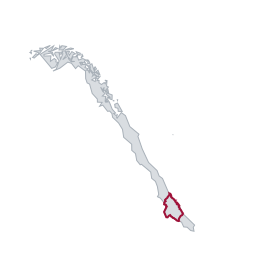 Antofagasta highlighted on a map of Chile, rotated 140°
{"feature_id": "CHL-2695", "entity_name": "Antofagasta", "entity_type": "Region", "adm_level": 1, "iso_a3": "CHL", "parent_name": "Chile", "parent_adm1": "", "projection": "mercator", "projection_center": [-69.6, -23.478], "detail": "fine", "context": "in_parent", "style": "outline", "palette": "rose", "viewbox_px": 256, "rotation_deg": 140, "n_neighbors": 0, "source": "natural_earth", "source_scale": "10m", "svg_char_len": 6720}
<svg xmlns="http://www.w3.org/2000/svg" viewBox="0 0 256 256"><g transform="rotate(140 128 128)"><path d="M139.4,10.8L141.8,10.0L143.8,6.5L145.9,9.2L146.5,14.0L148.9,16.4L147.5,21.5L150.2,26.1L151.8,34.1L156.0,35.0L154.3,40.5L148.4,44.3L148.3,53.6L149.6,56.4L147.1,57.4L143.1,64.3L141.3,69.4L142.2,74.2L138.9,79.7L141.0,91.5L142.3,92.0L142.2,97.5L138.7,103.6L139.5,108.4L135.6,113.2L137.3,123.6L133.1,130.5L132.0,137.9L132.9,146.1L131.0,149.5L131.2,152.8L132.9,153.9L132.6,161.7L135.8,162.9L131.4,164.3L134.8,167.5L132.9,169.9L133.2,177.5L129.2,186.3L130.3,188.8L128.7,193.0L124.0,198.9L126.1,207.7L130.0,207.2L129.7,213.9L131.8,217.2L141.6,217.6L148.9,219.8L145.1,219.2L137.6,223.7L136.6,231.9L135.1,232.8L129.7,228.4L132.0,227.4L132.7,229.5L135.5,224.0L130.3,226.6L129.0,229.3L126.6,227.5L128.1,223.6L134.1,222.3L128.2,221.8L126.2,226.1L123.7,224.2L125.6,223.2L126.2,221.4L121.9,222.6L120.5,218.5L122.7,219.4L127.8,217.1L128.2,220.4L129.1,219.5L129.0,215.2L126.0,213.2L128.8,215.9L124.3,217.8L121.0,215.0L122.2,211.8L118.0,210.2L116.6,207.2L118.6,207.1L118.8,204.8L121.3,208.3L122.9,209.2L123.6,205.8L122.0,208.4L121.0,206.7L122.2,205.9L118.9,203.5L122.1,202.0L120.5,199.0L122.7,199.1L121.5,197.7L122.3,194.7L120.2,197.5L120.3,191.5L121.9,190.6L119.6,190.6L119.1,187.2L124.9,188.2L123.3,184.7L120.8,186.9L118.7,185.0L121.3,184.2L119.6,183.0L121.2,181.3L120.4,178.4L117.0,178.1L117.1,176.5L114.4,177.8L115.0,179.5L113.6,177.8L117.4,174.0L116.7,172.0L121.2,171.2L122.1,168.7L121.8,173.3L120.0,174.4L122.1,173.9L123.2,171.5L122.7,176.9L123.9,172.2L123.3,169.2L127.1,169.0L124.8,166.6L128.4,163.1L128.5,162.0L125.5,160.2L128.0,152.6L127.9,147.4L129.7,148.3L129.3,145.6L127.7,145.1L129.9,143.5L130.1,142.5L123.2,144.1L122.0,139.1L125.7,127.9L123.6,116.2L125.8,115.2L130.6,102.7L134.4,88.4L133.1,76.7L135.0,71.2L134.0,67.2L138.3,52.9L139.5,38.0L138.5,36.4L141.0,27.1L139.4,10.8ZM148.1,222.7L148.0,240.9L132.2,238.7L137.5,236.4L139.9,238.1L137.2,234.6L138.8,230.6L138.8,234.9L145.1,238.4L146.1,237.1L140.7,232.8L144.6,228.9L139.8,228.6L139.3,226.2L140.8,225.1L139.6,223.5L144.3,221.4L148.1,222.7ZM123.0,154.7L120.0,153.9L121.8,144.4L124.8,147.0L123.0,149.6L124.7,151.9L123.0,154.7ZM119.3,192.8L119.0,202.1L117.6,200.0L118.4,197.7L116.7,200.9L114.4,200.4L117.6,192.5L119.3,192.8ZM141.5,243.4L149.0,241.8L148.2,243.4L150.9,247.6L145.4,243.6L144.3,245.9L141.5,243.4ZM123.2,161.8L121.9,163.1L123.1,167.8L121.5,168.2L118.9,163.5L122.0,160.0L123.2,161.8ZM127.2,229.5L130.7,232.1L127.4,234.8L128.0,232.6L125.8,233.6L122.7,230.0L127.2,229.5ZM130.7,234.1L136.5,235.8L131.9,236.2L130.7,234.1ZM155.7,243.4L150.8,244.0L149.7,242.0L154.9,241.9L155.7,243.4ZM119.2,191.5L117.4,191.8L115.9,187.4L117.9,186.1L119.2,191.5ZM116.3,191.7L113.9,191.5L115.2,187.3L116.3,191.7ZM127.9,162.5L124.9,164.4L125.5,161.5L127.9,162.5ZM117.9,214.6L119.3,217.2L118.6,219.7L116.5,215.9L117.9,214.6ZM118.5,223.5L123.6,226.1L126.2,228.4L120.6,226.2L118.5,223.5ZM120.8,170.1L118.6,170.5L120.4,167.1L120.8,170.1ZM134.4,241.2L139.4,241.3L140.0,243.1L134.4,241.2ZM116.5,193.3L115.2,195.7L113.9,196.0L114.2,193.5L116.5,193.3ZM117.7,202.9L115.8,204.9L114.9,204.6L115.5,202.1L117.7,202.9ZM119.2,211.8L116.8,212.8L115.7,214.6L116.3,211.9L119.2,211.8ZM115.6,206.6L115.0,205.7L116.5,205.9L115.6,206.6ZM123.7,164.7L122.8,163.5L123.0,162.9L123.7,163.2L123.7,164.7ZM121.3,216.5L120.3,216.7L119.6,215.4L121.3,216.5ZM117.5,185.4L115.8,185.4L117.4,185.2L117.5,185.4ZM154.2,247.2L154.5,248.9L153.3,248.2L154.2,247.2ZM121.3,157.9L122.2,158.5L121.2,158.2L121.3,157.9ZM153.5,249.3L152.0,249.5L151.9,249.4L153.5,249.3ZM158.4,243.5L158.2,244.4L157.8,244.1L158.4,243.5ZM98.2,93.7L97.6,94.2L98.2,93.7ZM118.3,155.9L118.0,156.5L117.8,156.2L118.3,155.9Z" fill="#d9dde1" stroke="#a8b0b8" stroke-width="1"/><path d="M148.6,24.1L148.8,24.2L149.0,24.2L149.2,24.3L150.2,26.0L150.2,27.5L150.3,27.7L150.6,28.2L150.7,28.6L150.7,29.5L150.8,29.6L151.1,30.0L151.3,30.1L151.4,30.3L151.3,30.5L151.5,30.8L151.5,31.0L151.4,31.4L151.4,31.5L151.5,31.6L151.6,31.9L151.7,32.1L151.7,32.3L151.9,32.6L151.7,33.5L151.7,33.9L151.7,34.1L151.8,34.1L152.0,34.2L152.1,34.3L152.3,34.4L153.1,34.5L153.4,34.4L153.6,34.4L155.1,34.1L156.0,35.0L155.9,35.5L155.5,36.6L155.2,37.7L154.8,38.8L154.7,39.4L154.5,40.0L154.4,40.3L154.3,40.5L154.0,40.6L153.9,40.7L153.7,40.8L153.0,41.1L152.4,41.4L151.7,41.6L151.1,41.9L150.9,42.0L150.6,42.1L150.4,42.2L150.2,42.3L149.9,42.4L149.9,42.5L149.7,42.9L149.6,43.0L149.4,43.0L149.2,43.0L149.1,43.4L149.0,43.6L148.9,43.7L148.7,43.6L148.7,43.8L148.4,44.4L148.4,44.6L148.5,44.9L148.5,45.0L148.8,45.1L148.9,45.3L149.0,45.4L149.0,45.5L149.0,45.8L149.1,46.0L149.3,46.1L149.4,46.3L149.2,46.5L148.9,46.5L148.7,46.7L148.5,47.3L148.4,47.3L148.2,47.4L147.9,47.6L147.7,47.7L147.4,47.7L147.1,47.7L146.9,47.7L146.7,47.7L146.3,47.7L146.3,47.8L146.2,47.9L146.2,48.0L146.3,48.0L146.3,48.3L146.2,48.5L146.0,48.9L146.0,49.0L145.9,49.1L144.2,49.3L143.5,49.2L142.8,49.2L142.6,49.4L142.0,49.7L141.4,49.8L141.2,49.6L140.7,49.7L140.1,50.1L139.9,50.1L139.5,50.1L138.7,50.7L138.4,51.2L138.3,50.9L138.2,50.7L138.0,50.4L138.0,50.2L137.9,50.2L137.9,49.9L138.0,49.9L138.1,49.7L138.1,49.4L138.2,49.2L138.3,49.2L138.3,48.8L138.3,48.7L138.4,48.4L138.5,48.4L138.7,48.2L138.8,48.2L138.9,47.9L139.1,47.8L139.2,47.7L139.3,47.5L139.2,47.4L139.3,47.2L139.3,46.7L139.2,46.5L139.1,46.3L139.0,46.2L139.1,45.9L139.2,45.7L138.9,45.2L138.8,44.8L138.7,44.7L138.7,44.4L138.6,44.2L138.6,43.8L138.7,43.6L138.7,43.3L138.6,43.2L138.7,42.9L138.7,42.7L138.8,42.5L138.8,42.4L138.7,42.3L138.8,42.3L138.8,42.2L138.8,41.9L138.8,41.7L138.9,41.4L139.0,41.2L138.9,41.1L139.0,41.0L139.0,40.9L139.0,40.7L138.9,40.3L138.9,40.1L139.0,39.9L139.0,39.7L138.9,39.6L139.0,39.5L139.0,39.2L139.2,38.9L139.3,38.8L139.4,38.6L139.5,38.5L139.5,38.3L139.5,38.1L139.5,37.9L139.4,37.7L139.2,37.6L138.9,37.6L138.8,37.8L138.7,37.8L138.5,37.7L138.4,37.8L138.4,37.5L138.4,37.4L138.5,37.4L138.5,37.2L138.5,36.9L138.6,36.7L138.5,36.4L138.6,36.1L138.7,35.9L138.7,35.7L138.6,35.4L138.8,35.2L139.0,35.1L139.0,35.3L139.1,35.5L139.4,35.5L139.5,35.4L139.7,35.2L139.8,35.0L139.8,34.9L139.9,34.7L140.0,34.6L140.0,34.4L140.0,34.2L139.9,34.1L139.9,33.9L140.0,33.8L140.0,33.7L140.1,33.4L140.0,33.2L140.1,32.9L140.1,32.7L140.2,32.3L140.3,32.3L140.2,32.1L140.2,31.8L140.2,31.5L140.2,31.4L140.3,31.3L140.3,30.6L140.4,30.3L140.4,30.2L140.5,30.1L140.5,29.9L140.5,29.7L140.6,29.4L140.6,29.2L140.7,28.7L140.7,28.3L140.7,28.0L140.7,27.9L140.8,27.8L140.8,27.7L141.0,27.6L141.0,27.4L141.1,27.2L141.1,26.9L141.5,26.8L141.8,26.9L142.0,26.7L142.3,26.5L142.5,26.5L142.8,26.5L143.3,26.6L143.8,26.8L144.1,26.8L144.6,26.7L145.7,26.3L147.3,25.8L147.4,25.7L147.5,25.6L147.8,25.2L148.0,25.0L148.4,24.9L148.5,24.8L148.5,24.6L148.6,24.1L148.6,24.1Z" fill="none" stroke="#9f1239" stroke-width="2"/></g></svg>